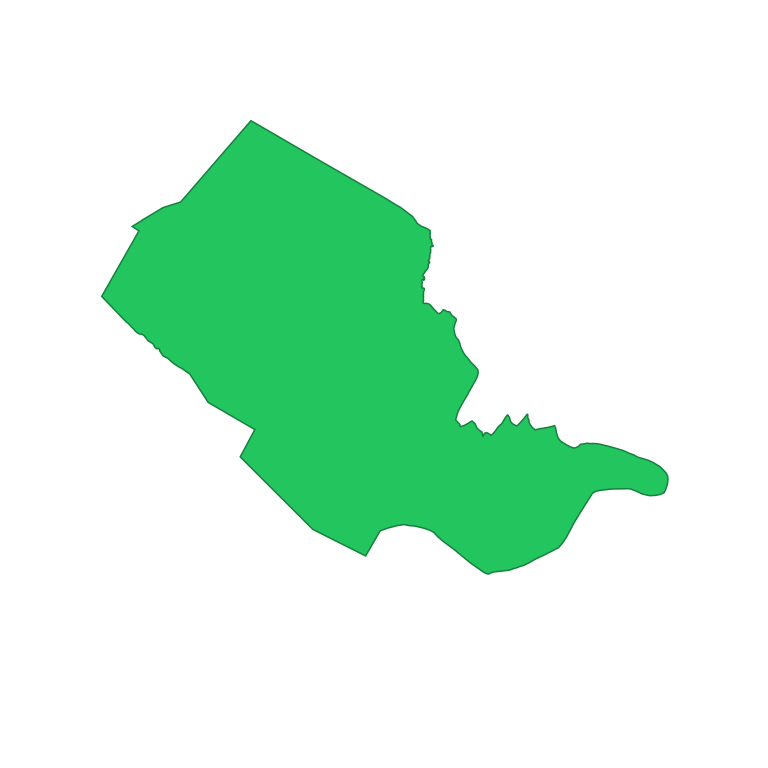 the district of Svay Chek, Bântéay Méanchey, Cambodia, rotated 30°
{"feature_id": "14789045B19114929433175", "entity_name": "Svay Chek", "entity_type": "district", "adm_level": 2, "iso_a3": "KHM", "parent_name": "Cambodia", "parent_adm1": "Bântéay Méanchey", "projection": "robinson", "projection_center": [103.023, 13.816], "detail": "fine", "context": "isolated", "style": "filled", "palette": "green", "viewbox_px": 768, "rotation_deg": 30, "n_neighbors": 0, "source": "geoboundaries", "source_scale": "gbopen_adm2", "svg_char_len": 4268}
<svg xmlns="http://www.w3.org/2000/svg" viewBox="0 0 768 768"><g transform="rotate(30 384 384)"><path d="M667.7,318.5L664.3,317.6L656.7,317.4L651.2,317.9L645.3,319.2L640.3,320.5L636.0,320.5L630.7,321.4L624.5,322.0L618.1,323.5L611.7,325.1L606.4,326.6L601.3,328.1L597.8,329.4L594.4,331.2L592.0,332.7L589.6,333.6L586.6,336.3L584.3,337.9L584.0,339.8L582.4,342.7L580.7,344.4L577.5,345.2L572.7,345.4L566.0,345.3L561.7,343.6L558.6,340.9L554.6,336.3L552.5,334.8L550.0,337.4L545.9,341.1L540.9,345.2L537.7,348.2L536.8,348.0L534.0,347.4L531.1,346.2L528.8,344.7L527.4,342.6L526.0,341.8L525.0,340.7L523.9,338.7L523.1,338.6L522.5,343.2L521.6,347.9L520.6,352.3L519.7,354.0L516.4,354.3L513.4,353.7L511.5,352.4L510.1,350.9L508.9,350.0L506.7,348.9L506.0,350.7L505.9,352.7L505.9,356.2L505.9,359.0L505.2,361.1L504.2,364.4L503.9,369.0L503.0,373.3L502.3,374.9L501.7,374.6L500.0,374.7L497.5,374.7L495.8,376.1L495.7,379.5L494.4,378.3L492.8,376.6L489.7,376.4L486.0,375.4L482.9,372.9L478.7,372.0L476.4,376.1L474.4,379.4L472.6,381.6L471.8,382.7L470.9,382.1L469.4,380.9L467.4,380.3L464.1,379.4L463.8,378.6L463.3,376.3L462.3,372.9L461.8,367.9L461.6,363.0L461.6,361.2L461.6,357.5L461.7,351.3L461.5,345.3L461.4,338.9L461.5,335.4L461.1,331.0L459.9,326.9L457.9,324.6L453.7,323.1L448.8,321.9L444.1,319.9L439.9,318.6L436.1,316.5L432.3,313.9L428.5,310.1L426.4,308.7L423.2,307.6L420.0,305.0L416.6,301.0L415.9,298.2L415.6,297.4L415.3,296.1L415.1,295.1L414.9,293.2L414.2,291.6L413.5,291.4L412.3,291.2L410.9,290.9L409.2,290.8L406.8,289.9L404.8,288.7L402.5,289.8L400.0,289.6L398.2,290.1L397.7,293.8L396.7,295.2L395.2,296.0L394.4,295.6L391.9,294.8L389.7,294.3L386.2,292.9L383.3,292.2L380.5,292.8L379.1,293.9L377.3,294.2L376.8,293.1L376.6,292.3L375.8,290.9L374.8,289.2L374.2,288.0L373.5,287.3L373.3,286.2L372.6,285.4L372.1,284.3L372.0,283.3L371.9,282.5L371.2,281.2L370.3,281.1L369.1,281.9L368.5,281.5L367.9,280.9L368.1,280.2L367.0,278.9L366.6,278.2L366.8,277.5L366.0,276.7L365.1,275.6L365.1,274.5L365.3,273.7L366.5,274.2L366.9,273.3L366.4,272.4L365.8,272.0L365.5,271.2L364.3,271.2L363.5,270.9L363.2,269.8L363.1,269.0L363.5,268.0L363.5,267.1L363.5,266.0L363.4,265.1L363.9,264.0L363.9,263.3L364.1,262.5L364.0,261.2L363.3,259.7L362.9,258.6L362.6,257.8L362.8,256.8L362.8,256.0L361.9,255.2L361.4,255.6L360.8,254.9L360.7,254.1L360.8,253.1L360.5,251.7L359.8,250.4L359.0,249.2L358.7,247.0L357.2,244.2L356.5,243.4L356.1,242.0L356.3,241.3L357.5,240.4L357.3,239.5L356.0,239.4L355.3,238.3L354.3,237.1L353.5,236.2L352.9,235.1L351.9,235.3L350.0,233.0L348.4,230.0L347.2,228.1L345.2,227.9L340.5,228.3L337.0,228.7L332.5,228.3L329.4,226.6L324.8,224.6L320.2,224.1L315.0,223.4L310.1,222.8L304.4,222.9L300.4,222.7L293.5,222.5L210.0,222.7L181.5,222.6L137.1,222.5L116.9,328.1L104.5,341.6L96.8,355.5L92.8,362.6L92.5,363.5L87.1,373.5L95.2,373.9L95.7,449.3L129.5,459.1L130.2,459.2L132.3,459.4L134.7,460.2L137.2,461.0L139.7,461.6L142.2,462.5L145.2,463.1L147.3,462.9L149.8,461.8L152.4,462.2L155.2,463.3L158.1,464.5L160.8,464.6L164.0,464.7L166.0,465.9L167.4,466.8L169.3,467.2L170.4,466.6L171.0,465.9L172.7,466.5L173.5,467.7L174.9,468.3L176.4,469.1L178.6,470.1L181.3,470.1L183.4,469.8L185.3,470.1L187.0,470.6L189.3,471.0L191.6,471.4L193.9,471.6L196.2,471.7L198.6,471.8L200.0,471.7L201.4,471.6L203.0,471.8L204.5,471.9L206.0,472.1L207.3,472.2L210.8,472.5L241.1,487.9L294.9,488.0L295.9,519.0L395.1,545.5L418.4,544.2L433.4,543.3L454.1,542.1L454.1,513.0L459.7,506.5L466.1,500.2L471.8,495.6L476.7,494.0L481.8,491.6L488.3,489.6L492.8,488.5L495.6,488.0L496.9,487.7L501.6,487.7L506.6,489.3L513.0,490.6L521.5,491.6L528.9,492.5L536.0,493.7L543.3,494.9L549.2,495.9L555.6,496.4L562.1,497.0L566.4,497.2L569.3,496.5L569.8,495.8L570.4,495.2L570.9,494.4L571.9,493.1L572.7,492.2L584.1,483.7L585.6,482.5L587.1,480.9L588.1,479.6L590.1,477.5L590.6,476.9L591.4,476.2L592.2,475.0L593.9,473.0L595.6,471.4L599.3,465.8L602.3,460.6L602.9,459.7L604.8,457.0L609.0,450.9L617.0,438.5L618.2,432.3L618.6,425.3L618.0,409.3L618.3,397.2L619.2,374.4L621.2,370.8L626.0,366.8L634.0,360.9L642.4,355.9L647.7,352.6L648.7,352.2L650.3,351.7L653.4,351.0L658.0,350.5L662.2,350.2L666.8,348.9L670.3,347.7L674.7,344.8L678.3,341.7L680.9,338.2L680.7,334.1L679.3,328.4L677.6,324.6L675.9,322.1L673.0,320.1L669.3,318.9L667.7,318.5Z" fill="#22c55e" stroke="#15803d" stroke-width="1.5"/></g></svg>